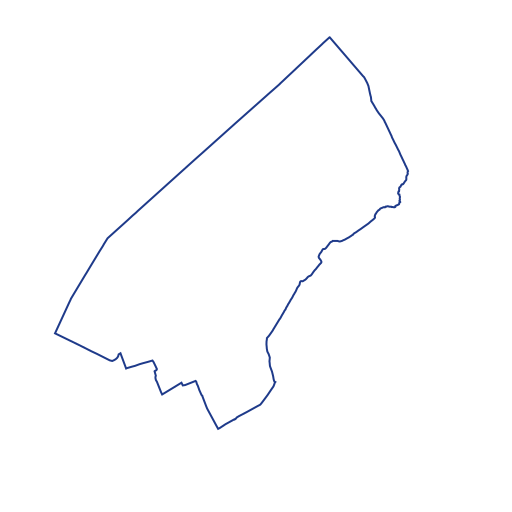 Voicesti, Vâlcea, Romania, rotated 228°
{"feature_id": "2599482B9823513277146", "entity_name": "Voicesti", "entity_type": "district", "adm_level": 2, "iso_a3": "ROU", "parent_name": "Romania", "parent_adm1": "Vâlcea", "projection": "mercator", "projection_center": [24.291, 44.596], "detail": "fine", "context": "isolated", "style": "outline", "palette": "blue", "viewbox_px": 512, "rotation_deg": 228, "n_neighbors": 0, "source": "geoboundaries", "source_scale": "gbopen_adm2", "svg_char_len": 5979}
<svg xmlns="http://www.w3.org/2000/svg" viewBox="0 0 512 512"><g transform="rotate(228 256 256)"><path d="M368.6,248.7L368.6,223.7L368.6,223.2L368.6,211.6L368.6,211.1L368.6,198.5L368.5,195.6L368.6,191.3L368.5,184.5L368.5,176.6L368.5,172.3L368.5,171.8L368.5,169.4L368.5,164.9L368.5,162.0L368.5,158.6L368.5,158.3L368.5,157.6L368.2,156.5L366.7,151.3L366.6,150.8L366.5,150.7L365.8,148.6L364.2,142.9L359.3,126.7L356.7,118.2L356.4,117.1L356.2,116.4L349.8,95.5L348.2,90.3L348.1,89.9L348.0,89.7L347.7,89.2L346.3,85.8L333.0,54.9L308.3,64.9L301.9,67.4L295.4,69.9L289.7,72.3L276.3,77.5L274.2,78.9L273.6,80.7L273.2,82.6L273.2,84.5L273.5,85.8L273.8,86.6L274.8,88.1L274.4,90.2L259.3,84.2L259.1,84.9L256.8,89.7L255.3,92.6L253.5,97.1L251.8,100.6L249.7,104.7L247.6,109.1L245.7,108.9L241.2,107.6L238.3,106.7L237.8,105.5L238.2,104.2L238.2,103.5L234.0,101.4L233.4,100.3L232.4,99.5L230.8,98.6L228.8,98.2L218.3,94.3L215.9,93.6L215.0,98.3L211.7,115.8L208.8,115.0L207.5,117.0L203.6,127.5L202.6,127.5L201.2,126.8L200.6,126.5L198.4,125.9L196.0,124.9L194.4,124.2L190.1,122.8L189.0,122.5L188.8,122.5L188.5,122.5L188.1,122.6L187.8,122.4L185.8,121.6L177.8,118.5L175.6,117.7L174.5,117.4L162.1,114.4L157.2,113.2L152.9,112.2L152.4,114.1L151.4,120.8L149.3,129.9L149.1,130.7L148.8,130.7L148.6,131.7L148.6,131.9L148.9,133.7L148.8,134.1L148.4,136.2L146.1,145.2L143.4,156.8L142.7,159.5L142.7,159.9L142.8,160.6L143.0,161.9L143.7,165.5L144.9,171.5L146.4,177.4L147.4,181.7L147.8,182.5L148.4,183.7L149.1,184.9L149.3,185.4L149.4,186.0L150.3,185.7L151.1,185.9L152.7,186.7L155.2,188.3L159.3,190.5L164.6,192.6L165.4,193.1L167.1,194.4L168.8,195.6L169.5,196.4L171.3,198.3L173.5,199.3L175.0,199.9L176.4,200.2L177.6,200.6L180.0,202.1L181.0,202.9L183.3,204.6L185.5,206.7L186.7,208.2L187.2,208.7L187.7,209.2L188.0,212.1L188.2,213.1L188.4,214.0L188.6,214.9L189.5,218.8L189.8,219.5L193.3,231.2L193.3,231.9L194.5,235.3L194.8,236.1L194.9,236.6L195.4,238.1L195.7,239.1L195.9,239.7L196.3,240.6L196.4,241.2L196.5,241.8L196.5,242.1L197.2,243.4L197.9,245.5L198.0,246.1L198.6,247.4L199.2,249.7L199.5,250.4L199.7,251.1L199.9,251.8L200.2,252.4L200.5,253.8L200.9,255.2L201.9,257.7L202.2,258.9L202.8,260.6L203.0,261.5L204.1,264.0L204.4,264.5L204.8,265.6L205.0,266.7L205.2,268.1L205.3,268.5L205.7,269.4L206.2,270.0L206.8,270.8L207.3,271.7L207.3,271.9L207.3,272.4L207.0,272.9L206.7,273.2L206.2,273.5L205.9,274.1L205.8,274.8L205.4,276.8L205.4,277.6L205.4,278.1L205.5,278.5L205.5,279.1L205.7,280.1L205.7,280.8L205.5,281.7L205.4,282.3L205.3,282.5L205.0,283.1L204.9,283.4L204.9,283.8L204.9,284.1L205.1,285.4L205.4,286.6L205.6,287.3L206.1,289.8L206.2,290.9L206.2,291.6L206.7,294.3L206.8,295.1L207.0,296.4L207.1,296.9L207.2,297.2L207.2,297.8L207.2,298.1L207.2,298.4L207.3,298.6L207.3,299.6L207.4,300.0L207.6,300.4L207.9,300.7L208.2,300.9L208.9,301.1L210.4,301.4L211.1,301.4L212.3,301.5L212.5,301.5L212.8,301.6L213.4,302.0L213.7,302.2L214.2,303.2L214.8,304.4L215.0,305.2L215.3,307.1L215.9,308.9L216.2,309.7L216.3,310.2L216.2,310.5L215.9,311.0L215.4,311.6L215.2,312.0L215.1,312.6L215.1,313.1L215.3,314.6L215.5,315.5L215.9,317.8L216.1,318.7L216.3,319.6L216.4,320.6L216.3,321.2L216.0,321.7L215.9,322.1L215.9,323.1L215.2,323.8L214.1,325.1L212.6,326.7L211.1,327.6L210.8,327.9L210.4,328.5L209.6,330.2L209.3,331.5L208.8,332.7L208.5,334.1L208.1,335.9L207.7,337.4L207.5,338.8L207.3,340.0L207.1,341.9L206.9,342.4L207.2,343.4L207.1,344.6L206.8,345.7L206.6,347.2L206.4,349.2L206.0,351.8L205.7,354.7L204.9,361.3L204.9,364.4L204.7,367.1L204.7,369.4L204.9,369.9L205.1,370.3L205.5,370.6L206.1,370.8L206.3,371.1L207.1,372.5L207.2,372.8L207.2,373.6L207.3,373.8L207.5,374.2L207.7,374.7L207.8,375.4L207.9,376.2L208.0,377.0L208.1,377.4L207.9,378.2L207.8,378.9L207.9,379.1L208.0,379.6L208.0,380.3L207.7,381.2L207.5,381.7L207.3,382.2L207.1,382.9L207.0,383.3L206.8,383.6L206.1,384.2L205.9,384.4L205.9,384.7L206.0,385.1L206.0,385.3L205.8,385.6L205.7,385.8L205.5,386.0L205.4,386.0L205.1,386.9L204.8,387.2L204.2,387.7L203.8,387.9L203.5,388.0L203.3,388.2L203.0,388.6L202.6,388.9L202.3,389.4L201.8,389.6L201.6,389.6L201.4,389.8L201.0,390.3L200.6,390.6L200.3,390.8L199.7,391.3L199.4,391.8L199.3,392.2L199.3,392.5L199.5,392.8L199.8,392.8L199.9,393.0L199.6,394.3L199.1,395.3L199.1,395.5L199.0,396.1L198.9,396.3L198.8,396.6L198.8,396.8L198.8,397.0L199.2,397.6L199.5,397.8L199.6,398.0L199.6,399.1L199.6,399.3L199.8,399.4L200.1,399.5L200.3,399.4L200.6,399.3L200.9,399.4L201.1,399.6L201.3,399.9L201.3,400.2L201.5,400.5L201.7,400.8L202.3,401.1L202.7,401.4L203.5,402.5L203.9,402.7L204.9,403.1L205.7,403.7L206.4,403.3L206.9,403.4L207.4,403.5L207.6,403.7L207.9,404.1L208.6,405.1L208.6,405.3L208.3,405.4L208.3,405.5L208.6,405.9L209.0,406.2L209.3,406.7L209.5,406.9L209.9,407.1L210.6,407.7L210.8,408.1L210.9,408.4L211.0,408.7L210.8,409.6L210.9,409.9L211.4,411.1L211.6,411.8L211.6,412.4L211.4,412.8L211.3,413.0L211.1,413.0L211.0,413.4L211.0,413.7L211.3,414.9L211.6,416.0L211.8,416.8L211.9,417.9L212.0,418.4L212.1,418.7L212.8,419.4L214.0,420.4L214.4,420.9L214.8,421.6L215.0,422.6L215.3,423.5L215.6,423.9L216.0,424.0L216.3,424.2L216.9,424.8L217.2,425.3L217.2,425.5L217.3,425.8L218.4,426.2L218.9,426.4L219.6,426.6L222.3,427.5L223.7,427.8L225.3,428.4L226.2,428.6L227.7,429.1L229.5,429.6L233.1,430.7L234.6,431.1L238.2,432.4L240.0,432.8L244.9,434.2L247.5,434.8L249.2,435.3L250.5,435.7L253.1,436.4L254.7,437.1L256.2,437.5L258.4,438.2L259.8,438.6L261.4,439.1L264.4,440.0L266.7,440.7L268.4,441.2L268.8,441.3L269.1,441.4L269.5,441.4L270.1,441.7L271.0,442.0L273.3,442.4L280.1,442.8L280.7,442.9L281.5,443.0L283.7,443.3L285.3,443.7L286.2,443.8L288.7,444.4L294.0,445.4L294.4,445.7L295.6,446.6L297.0,447.6L297.9,448.1L299.0,448.6L299.4,448.9L299.9,449.1L307.1,453.3L310.1,454.4L315.2,455.7L316.6,456.0L318.2,455.9L369.2,457.1L369.3,457.0L369.3,456.9L369.3,452.0L369.3,449.9L369.3,449.4L369.3,448.5L369.2,446.4L369.1,438.9L368.6,417.1L368.0,388.8L367.9,388.7L368.1,373.3L368.1,370.3L368.1,370.0L368.4,329.5L368.5,291.0L368.5,289.9L368.6,275.3L368.6,248.7Z" fill="none" stroke="#1e3a8a" stroke-width="2"/></g></svg>